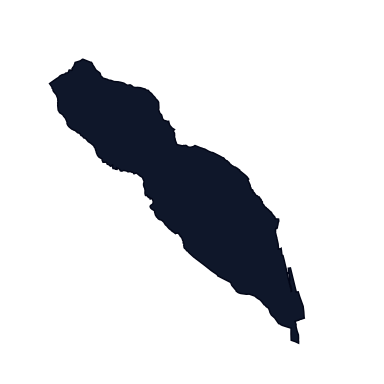 Frumusica, Botosani, Romania, rotated 40°
{"feature_id": "2599482B74523212709144", "entity_name": "Frumusica", "entity_type": "district", "adm_level": 2, "iso_a3": "ROU", "parent_name": "Romania", "parent_adm1": "Botosani", "projection": "natural_earth1", "projection_center": [26.855, 47.52], "detail": "fine", "context": "isolated", "style": "filled", "palette": "ink", "viewbox_px": 384, "rotation_deg": 40, "n_neighbors": 0, "source": "geoboundaries", "source_scale": "gbopen_adm2", "svg_char_len": 5992}
<svg xmlns="http://www.w3.org/2000/svg" viewBox="0 0 384 384"><g transform="rotate(40 192 192)"><path d="M128.7,152.9L128.5,153.7L128.0,153.6L127.6,153.7L124.7,155.0L123.9,155.1L122.2,154.7L120.2,153.2L119.1,152.5L116.7,152.3L113.3,150.3L113.1,149.7L112.3,148.6L108.7,144.7L106.6,144.0L104.9,144.0L102.5,143.3L99.8,143.1L99.1,142.8L97.5,142.6L96.1,142.6L95.6,142.8L94.0,142.5L93.4,142.2L91.6,143.2L91.1,143.3L90.2,143.2L89.8,143.3L88.2,144.1L85.5,145.2L83.2,146.8L81.0,148.7L79.4,149.4L77.4,149.3L75.7,149.7L74.6,151.0L73.4,152.0L69.9,152.4L67.1,153.7L64.7,155.0L61.3,157.5L58.1,158.6L56.5,159.7L55.6,160.0L54.8,160.1L50.5,162.0L49.2,161.7L47.6,161.7L45.7,160.4L44.7,160.0L40.2,160.3L38.5,159.8L36.7,159.1L34.1,158.4L33.3,157.8L32.6,157.7L31.7,157.3L30.7,157.9L23.1,160.4L22.7,160.9L22.5,162.2L21.8,163.9L19.2,167.9L20.2,170.1L20.1,170.3L20.7,171.7L20.6,173.3L20.8,173.5L20.9,174.7L21.5,175.0L21.8,175.8L21.8,176.1L21.4,176.4L21.1,176.4L20.5,176.8L20.4,177.1L19.7,177.3L19.5,177.6L19.7,177.9L19.9,179.0L20.4,179.3L20.5,179.7L20.2,180.6L19.4,181.6L19.1,181.7L18.8,182.3L18.7,183.7L17.1,185.7L16.2,188.0L16.1,190.2L15.4,192.2L13.2,200.5L16.6,201.4L17.4,201.7L18.1,202.4L19.3,202.5L20.4,203.6L21.4,204.0L25.4,204.7L28.6,206.4L29.6,207.2L30.1,207.9L31.4,209.1L31.7,209.9L33.0,211.2L33.3,211.8L36.7,215.1L37.3,215.5L38.3,215.7L39.5,216.3L41.8,216.0L43.5,215.9L44.8,216.4L47.7,216.9L51.1,218.6L51.7,219.1L52.4,220.0L54.0,220.7L55.7,221.1L59.3,221.1L61.1,220.6L61.9,220.5L62.9,220.0L66.3,220.1L68.1,219.3L69.0,219.4L70.4,220.0L71.1,220.0L71.6,219.6L72.0,219.5L74.3,220.1L75.5,219.5L76.3,219.4L80.2,220.1L83.0,219.7L86.4,219.7L87.3,219.8L88.0,220.3L89.3,220.5L90.9,221.5L91.0,221.7L92.1,222.2L92.3,222.4L93.5,223.3L95.8,224.5L97.2,224.9L98.5,225.1L101.8,224.4L102.1,224.6L102.6,225.3L104.7,226.4L106.8,224.6L107.3,224.4L108.2,224.6L109.3,225.2L110.7,224.4L111.8,224.7L113.2,224.5L113.3,223.5L113.8,222.4L114.3,222.8L114.2,223.0L114.5,223.5L115.3,224.0L116.4,224.8L117.7,223.8L118.6,223.8L120.0,222.9L119.9,222.7L120.5,222.4L118.8,222.4L118.6,221.7L121.4,221.1L122.5,221.3L123.5,221.8L124.2,221.5L124.9,221.0L125.5,219.8L125.9,219.3L128.4,217.9L130.0,217.7L131.7,215.8L132.7,215.8L133.3,215.3L134.3,215.0L135.0,215.0L135.6,215.4L135.9,215.3L136.8,213.7L137.2,213.2L138.5,213.1L142.0,213.1L142.9,212.9L144.2,212.7L145.4,213.0L145.9,213.4L148.4,214.6L149.0,215.5L149.6,216.8L150.5,217.9L152.1,219.0L153.3,219.5L155.0,220.9L156.7,223.1L158.3,224.4L158.9,224.4L159.3,223.6L159.7,223.3L160.3,223.8L160.9,224.0L162.1,224.0L162.0,223.5L162.2,223.4L163.2,223.8L163.5,223.5L163.7,223.4L164.1,223.9L164.5,224.2L164.8,223.5L165.2,222.9L165.5,222.9L166.6,223.2L168.1,223.9L169.5,225.8L169.5,226.9L169.0,228.7L169.0,229.5L169.4,230.2L170.6,230.8L172.4,230.9L174.9,230.5L175.7,230.7L176.5,231.6L177.7,232.3L178.7,233.1L180.0,233.5L180.9,233.9L181.7,233.8L183.3,234.2L184.4,234.1L185.6,233.7L186.2,233.2L187.3,233.1L189.8,233.2L190.8,233.5L191.2,233.8L191.7,233.8L192.5,234.2L194.8,234.2L195.5,234.4L198.1,234.8L201.2,234.6L201.3,234.8L202.2,234.8L202.2,234.6L206.0,234.5L206.0,234.2L208.1,232.2L208.8,232.6L209.4,232.6L209.7,232.8L210.9,233.0L211.5,233.4L211.9,233.1L212.4,233.4L212.8,233.4L213.2,233.7L214.1,233.8L215.9,235.0L217.0,235.4L217.7,236.1L217.9,236.7L218.7,236.6L219.3,236.9L219.7,237.7L220.0,238.0L220.1,238.3L220.7,238.4L221.1,239.3L222.1,239.6L222.3,239.9L223.1,239.9L223.5,239.7L225.4,240.3L226.1,240.3L226.4,239.9L228.5,240.4L235.1,240.7L249.4,240.0L257.5,239.8L264.4,239.1L265.6,239.7L279.8,236.4L282.3,237.8L283.0,238.0L288.8,239.0L289.4,239.2L289.6,239.5L291.7,239.4L292.6,239.2L294.6,238.4L299.5,235.3L301.5,233.4L307.1,231.3L309.0,231.4L311.3,231.2L313.6,230.8L316.3,231.2L319.8,232.0L320.9,231.7L322.4,232.1L322.7,232.0L324.2,232.0L324.9,231.6L327.4,232.9L329.3,234.2L331.9,235.2L336.3,235.3L343.0,237.1L344.3,236.5L345.5,236.5L347.0,236.1L351.9,234.1L355.4,232.6L359.1,237.1L363.3,241.8L367.1,240.3L370.8,239.3L369.8,238.0L368.8,237.1L367.5,235.4L365.3,233.0L362.2,231.2L358.5,228.5L357.0,226.9L356.9,226.6L354.1,224.9L355.6,222.3L355.9,222.0L356.4,221.0L356.5,220.3L357.3,219.4L359.1,216.4L358.3,215.8L354.7,212.0L350.6,208.1L341.8,203.0L337.5,200.2L336.3,201.7L316.2,186.9L314.8,188.5L318.1,191.5L317.6,192.0L318.2,192.5L318.9,192.0L323.6,196.5L324.0,197.7L324.8,198.6L325.6,199.2L326.6,199.8L327.6,200.1L331.0,202.7L331.0,203.1L332.1,204.1L331.9,204.5L330.7,203.1L329.5,202.4L321.3,196.4L316.7,192.7L306.0,184.7L302.5,182.2L302.1,182.2L301.6,182.5L301.3,182.4L298.3,179.5L296.5,177.9L296.4,178.4L294.8,180.2L294.1,179.2L291.3,176.4L287.1,173.2L286.1,172.3L285.5,172.0L281.8,169.2L281.1,168.1L280.7,167.9L279.5,166.1L279.6,165.9L280.4,165.5L280.4,164.7L279.5,163.3L278.8,161.8L277.4,159.6L277.5,159.1L276.7,158.0L275.7,157.1L273.0,159.1L271.7,158.0L266.7,157.2L266.7,156.9L266.1,156.8L265.9,156.6L264.8,156.6L264.8,156.8L261.4,156.4L259.0,156.6L258.8,156.3L258.3,156.4L258.3,156.6L256.4,156.3L255.9,156.2L255.7,155.9L253.3,155.6L252.2,154.3L250.1,154.0L249.7,153.3L248.3,153.5L248.1,153.1L247.0,152.8L246.7,152.7L246.6,153.1L244.4,153.0L243.3,153.5L240.2,152.6L239.2,152.5L239.1,153.0L237.6,151.6L237.0,151.5L236.9,152.1L234.4,151.4L234.5,151.0L233.6,150.7L232.1,149.4L227.0,146.9L226.8,146.8L227.1,145.7L224.2,145.0L221.5,144.9L217.2,145.0L214.8,145.0L214.4,144.6L213.2,144.7L212.5,145.0L212.2,144.7L211.7,144.6L211.1,145.0L209.4,145.0L208.1,145.7L206.3,145.9L205.4,146.2L204.1,146.0L203.4,146.2L201.1,145.6L199.9,145.7L199.0,145.5L197.8,146.0L196.1,146.0L195.0,145.6L193.9,145.7L193.5,146.0L190.3,146.6L183.0,148.3L182.3,148.6L181.4,149.2L178.6,150.1L174.2,150.9L172.6,151.7L171.2,152.1L170.3,152.6L164.4,154.5L163.8,156.5L163.1,157.3L162.5,158.3L161.2,159.4L159.7,160.1L158.4,160.0L157.6,160.1L156.9,160.6L156.7,161.0L155.6,161.8L155.3,162.4L154.8,162.9L150.1,165.3L149.1,164.9L146.1,163.2L144.8,162.1L143.1,161.1L142.7,160.3L140.8,158.2L139.0,157.6L138.3,156.8L138.4,155.4L135.9,155.8L132.5,155.3L131.2,154.7L128.7,152.9Z" fill="#0f172a" stroke="#020617" stroke-width="1.5"/></g></svg>